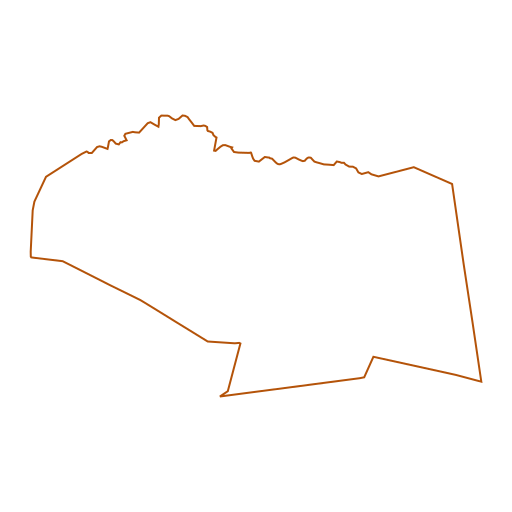 outline of Santo Domingo Tlatayápam, Oaxaca, Mexico
{"feature_id": "50627088B94948121721133", "entity_name": "Santo Domingo Tlatayápam", "entity_type": "district", "adm_level": 2, "iso_a3": "MEX", "parent_name": "Mexico", "parent_adm1": "Oaxaca", "projection": "mercator", "projection_center": [-97.346, 17.402], "detail": "fine", "context": "isolated", "style": "outline", "palette": "amber", "viewbox_px": 512, "rotation_deg": 0, "n_neighbors": 0, "source": "geoboundaries", "source_scale": "gbopen_adm2", "svg_char_len": 1983}
<svg xmlns="http://www.w3.org/2000/svg" viewBox="0 0 512 512"><path d="M81.7,153.9L46.0,176.8L34.4,201.6L32.7,210.3L30.7,251.7L30.8,256.6L31.3,257.4L34.3,257.8L62.7,261.2L109.1,284.7L110.9,285.6L140.4,300.1L143.4,301.9L150.1,306.0L175.7,321.8L207.7,341.5L228.6,342.9L234.8,343.3L239.2,342.9L240.4,343.5L227.8,391.2L219.9,396.5L243.5,393.4L359.7,378.2L364.2,377.3L373.4,356.8L455.8,374.9L481.3,381.7L472.7,323.5L463.6,263.7L452.1,184.0L413.8,167.2L378.5,176.4L371.4,174.3L368.3,172.2L361.8,174.0L358.4,172.4L356.1,168.4L352.9,166.7L349.2,166.6L345.5,164.5L344.0,162.8L341.5,162.8L339.8,162.1L336.8,161.5L333.7,165.1L329.0,164.7L323.9,164.4L319.1,163.0L316.8,162.4L314.4,161.6L312.2,159.3L310.9,157.8L309.7,157.5L308.5,157.5L307.3,158.1L305.7,159.6L305.0,160.6L303.9,161.0L302.6,161.1L301.1,160.5L298.6,159.4L296.2,158.1L295.1,157.6L293.3,157.5L291.7,158.3L289.3,159.7L284.5,162.4L281.1,163.9L279.8,164.3L278.1,164.1L276.7,163.3L275.3,162.0L272.1,158.7L269.9,158.2L269.3,157.6L268.8,157.5L268.2,157.5L264.8,157.0L258.9,161.6L254.6,160.8L253.1,158.6L252.3,156.5L251.1,152.8L250.8,152.5L249.3,152.9L238.4,152.6L234.0,152.0L231.4,148.4L232.1,147.4L229.9,146.8L225.3,145.1L222.9,145.2L220.5,146.7L217.6,149.1L215.6,150.9L214.1,150.6L216.5,137.5L215.3,136.8L213.5,135.2L212.5,132.8L210.1,131.6L207.9,131.0L207.4,130.3L207.1,127.0L205.3,125.9L203.7,125.5L200.8,126.1L200.1,126.1L194.2,125.9L191.9,122.8L188.9,119.0L187.6,117.1L185.0,115.8L182.5,115.5L178.6,118.9L175.4,120.1L172.0,118.4L169.2,116.2L167.7,115.7L161.3,115.6L159.0,117.7L158.8,124.2L158.4,126.7L154.7,124.7L151.3,122.7L150.4,122.2L147.7,123.2L139.1,132.6L135.1,132.3L132.8,131.9L125.4,133.8L124.3,135.8L125.4,137.9L126.6,140.3L123.6,141.2L121.8,142.4L120.5,142.2L118.8,144.4L115.7,143.6L115.4,143.2L114.0,141.6L112.4,140.1L110.8,140.0L109.0,141.4L107.9,147.3L107.5,148.9L101.8,146.8L100.9,146.6L99.6,146.3L97.1,147.0L91.8,153.0L88.6,153.0L87.6,151.9L86.5,151.5L81.7,153.9Z" fill="none" stroke="#b45309" stroke-width="2"/></svg>